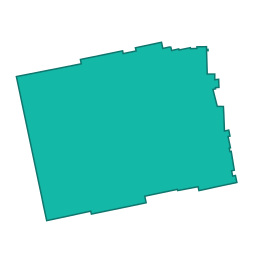 Moreno, Santiago del Estero, Argentina (Robinson projection), rotated 168°
{"feature_id": "61730980B85651312060638", "entity_name": "Moreno", "entity_type": "district", "adm_level": 2, "iso_a3": "ARG", "parent_name": "Argentina", "parent_adm1": "Santiago del Estero", "projection": "robinson", "projection_center": [-62.704, -27.304], "detail": "fine", "context": "isolated", "style": "filled", "palette": "teal", "viewbox_px": 256, "rotation_deg": 168, "n_neighbors": 0, "source": "geoboundaries", "source_scale": "gbopen_adm2", "svg_char_len": 1046}
<svg xmlns="http://www.w3.org/2000/svg" viewBox="0 0 256 256"><g transform="rotate(168 128 128)"><path d="M32.8,52.1L32.8,59.2L35.6,59.2L35.6,64.6L32.8,64.6L31.9,83.7L33.2,83.7L33.2,87.3L31.9,87.3L31.9,98.9L29.9,98.9L29.9,105.0L34.3,105.0L31.5,121.1L30.2,129.2L36.2,130.6L36.9,148.1L34.2,148.1L34.1,149.3L30.6,148.8L29.2,156.8L33.1,157.2L31.9,162.7L39.3,164.3L35.1,187.2L35.0,187.3L33.6,187.0L33.4,188.3L34.8,188.6L34.3,191.2L43.7,193.1L44.0,191.5L50.4,192.6L50.3,193.6L61.9,193.7L61.9,194.8L69.2,194.7L69.3,198.2L70.6,198.6L77.4,198.6L77.4,204.9L104.1,204.9L104.0,201.7L117.3,201.8L117.2,204.6L147.2,204.8L156.1,204.9L160.3,204.9L160.4,200.5L225.9,201.5L226.3,201.5L226.5,201.5L226.5,201.4L226.5,200.4L226.5,197.5L226.5,189.4L226.7,81.0L226.7,76.6L226.8,72.6L226.8,54.3L226.5,54.3L226.3,54.3L221.1,54.3L217.7,54.3L181.8,54.4L181.7,51.4L125.8,51.1L125.8,57.7L125.8,57.8L125.7,57.8L117.2,57.8L92.5,57.7L92.4,56.5L90.3,56.4L71.7,56.0L71.6,52.0L63.2,52.0L54.6,52.1L32.8,52.1L32.8,52.1Z" fill="#14b8a6" stroke="#0f766e" stroke-width="1.5"/></g></svg>